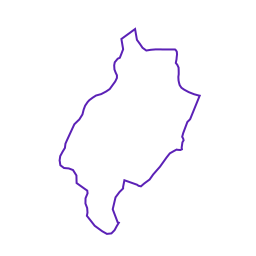 the district of Najrah, Hajjah, Yemen, rotated 56°
{"feature_id": "15242507B62258600143859", "entity_name": "Najrah", "entity_type": "district", "adm_level": 2, "iso_a3": "YEM", "parent_name": "Yemen", "parent_adm1": "Hajjah", "projection": "albers", "projection_center": [43.546, 15.647], "detail": "fine", "context": "isolated", "style": "outline", "palette": "violet", "viewbox_px": 256, "rotation_deg": 56, "n_neighbors": 0, "source": "geoboundaries", "source_scale": "gbopen_adm2", "svg_char_len": 1589}
<svg xmlns="http://www.w3.org/2000/svg" viewBox="0 0 256 256"><g transform="rotate(56 128 128)"><path d="M141.3,50.5L140.6,51.2L137.0,54.3L132.2,57.6L127.6,60.0L124.5,61.2L121.4,61.2L119.0,60.4L116.8,59.5L113.8,57.7L111.8,55.9L109.1,54.1L106.2,52.3L103.1,51.8L100.8,52.0L98.0,49.2L97.2,48.6L94.4,46.2L92.1,44.9L90.4,44.8L89.2,45.1L78.2,61.3L75.9,65.4L74.0,69.5L69.6,71.1L64.9,71.1L60.1,71.3L59.9,71.3L49.9,66.8L50.5,83.7L60.0,88.0L62.6,91.7L65.2,95.5L64.8,97.8L66.1,102.2L68.3,104.4L71.9,106.5L75.3,107.3L78.1,107.7L80.3,109.2L82.3,112.6L85.5,121.4L85.5,125.8L84.9,131.3L83.2,136.3L83.1,140.2L83.3,144.5L83.9,147.0L84.6,148.7L85.5,151.0L87.9,154.4L91.3,158.2L93.7,163.6L93.9,164.9L94.9,170.4L100.4,179.5L104.0,185.4L106.0,188.6L109.2,191.4L109.4,191.8L111.1,195.5L113.4,199.9L116.7,202.9L118.2,203.5L118.7,203.8L119.3,204.1L121.1,204.9L125.4,203.4L128.4,199.7L132.1,197.1L138.5,197.3L144.9,201.4L154.8,197.7L157.1,196.8L159.5,198.0L162.5,202.5L166.8,205.5L171.5,206.6L175.5,208.9L177.8,211.2L185.8,210.6L190.4,210.3L194.8,208.7L197.3,207.8L199.2,207.1L204.0,204.7L206.1,200.7L205.2,196.3L204.8,195.5L203.1,192.3L201.4,188.6L200.4,189.3L186.8,186.1L178.5,177.1L176.3,170.8L175.4,165.9L174.1,165.0L169.3,160.2L174.7,156.2L180.1,152.2L181.8,151.6L183.6,149.9L183.1,145.9L183.0,144.0L182.8,138.9L180.6,133.1L179.3,128.2L178.0,123.2L177.7,122.4L174.0,112.5L172.4,107.5L172.8,102.4L173.1,99.7L173.9,99.0L175.5,96.9L175.8,95.2L174.3,94.5L170.3,90.9L169.3,88.8L167.7,88.2L165.6,88.0L163.1,85.1L156.2,75.4L155.7,72.7L155.4,71.5L141.3,50.5Z" fill="none" stroke="#5b21b6" stroke-width="2"/></g></svg>